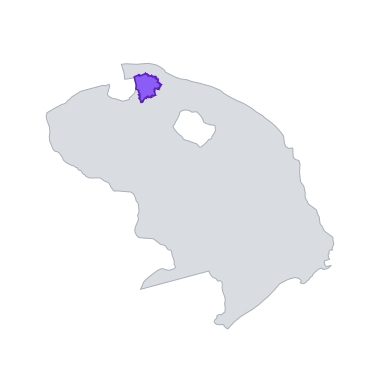 location of Zululand, KwaZulu-Natal, South Africa, rotated 255°
{"feature_id": "47623444B26591670939926", "entity_name": "Zululand", "entity_type": "district", "adm_level": 2, "iso_a3": "ZAF", "parent_name": "South Africa", "parent_adm1": "KwaZulu-Natal", "projection": "mercator", "projection_center": [31.134, -27.898], "detail": "fine", "context": "in_parent", "style": "filled", "palette": "violet", "viewbox_px": 384, "rotation_deg": 255, "n_neighbors": 0, "source": "geoboundaries", "source_scale": "gbopen_adm2", "svg_char_len": 7819}
<svg xmlns="http://www.w3.org/2000/svg" viewBox="0 0 384 384"><g transform="rotate(255 192 192)"><path d="M268.9,69.0L278.1,67.7L282.2,68.4L287.2,70.4L291.8,71.1L299.7,70.4L302.4,70.7L304.5,71.4L306.1,72.5L308.3,80.4L310.3,88.9L310.3,91.6L310.5,92.7L312.8,96.3L313.6,98.6L314.9,100.4L317.8,109.6L318.1,111.2L318.1,133.4L317.0,136.1L317.5,139.7L316.1,140.1L308.3,135.6L306.9,135.8L304.7,137.5L302.6,140.1L301.7,142.4L297.7,148.4L297.5,152.3L297.8,155.6L299.1,155.7L300.1,158.1L302.2,161.9L305.8,164.3L309.2,165.5L313.9,165.7L317.6,165.7L317.4,163.1L318.3,156.2L324.4,157.1L333.6,156.8L333.0,161.3L329.7,171.5L327.6,183.1L324.8,188.9L323.3,191.3L318.8,195.6L316.5,197.0L314.5,197.5L306.9,206.2L304.1,210.4L301.5,216.6L299.0,220.0L295.3,227.2L288.9,238.0L283.4,245.0L281.0,247.1L279.3,248.0L275.0,252.2L268.9,258.8L264.2,264.8L257.2,271.5L253.1,274.5L247.0,280.3L245.3,281.2L238.5,286.6L233.5,289.9L225.5,293.8L222.4,294.9L214.8,293.9L211.6,294.4L209.0,296.7L208.7,300.1L207.6,300.6L200.7,299.0L197.8,299.3L196.1,301.1L194.8,303.4L190.8,303.5L183.7,301.1L175.3,299.7L173.4,299.6L169.3,301.3L167.9,301.5L162.0,301.2L158.7,300.1L155.6,300.1L153.2,301.0L150.3,301.3L142.4,307.6L138.4,307.6L134.8,308.4L128.6,307.5L126.8,307.9L124.9,309.0L120.7,309.5L119.1,310.5L111.9,316.3L109.0,315.7L105.3,315.6L101.1,312.5L99.5,312.7L99.9,311.8L100.1,310.1L98.6,308.5L96.9,308.5L96.1,307.2L93.5,307.0L91.5,307.4L91.1,302.1L90.1,301.6L87.6,301.5L86.3,301.6L85.7,302.1L85.1,303.4L85.1,307.1L84.2,306.0L83.2,303.8L82.9,301.4L83.2,298.6L85.1,297.5L84.6,294.0L81.6,287.9L79.8,286.6L78.4,283.5L77.0,282.3L76.4,280.2L75.0,278.4L74.6,275.7L75.3,274.1L76.5,273.2L77.8,274.6L79.3,274.1L81.4,272.1L82.7,269.1L82.8,264.3L82.5,261.3L80.8,253.5L79.9,251.8L76.1,246.3L71.6,238.9L65.9,227.4L63.2,220.5L59.0,206.7L55.4,198.9L50.9,191.7L50.4,191.2L51.1,190.4L53.5,188.7L54.5,188.2L55.1,188.5L55.7,188.0L56.2,186.9L56.6,184.3L57.7,181.7L58.7,180.5L60.9,179.8L62.5,180.8L63.1,181.7L63.4,183.0L64.1,183.7L65.3,183.6L66.1,184.4L66.5,186.1L66.4,187.3L65.8,188.0L65.9,189.0L66.7,190.2L67.6,192.8L71.9,194.2L74.4,194.4L76.7,195.0L78.9,196.2L82.5,196.5L87.5,195.9L91.6,196.2L94.8,197.3L97.1,197.6L98.6,196.8L99.2,195.8L99.0,194.4L99.7,193.5L101.4,193.1L102.7,192.1L103.7,190.4L105.9,189.0L109.5,187.9L111.3,188.0L111.3,117.1L117.5,122.0L119.0,124.2L122.1,130.7L125.3,138.9L125.8,142.8L125.6,143.6L122.4,149.0L122.3,151.6L122.6,154.8L123.4,156.3L124.3,156.8L126.6,156.0L130.0,156.9L136.7,156.5L140.0,156.9L140.8,156.7L141.5,156.0L142.4,154.1L143.2,153.5L146.2,152.7L147.6,151.6L149.8,147.9L156.3,143.0L157.1,141.8L161.2,130.1L162.4,128.4L164.3,127.3L167.9,126.5L170.0,126.9L172.3,127.9L174.8,129.7L178.7,132.8L180.0,133.3L183.8,133.5L186.2,135.6L193.4,137.0L195.5,136.9L197.7,135.8L201.4,135.8L205.4,135.0L207.8,132.9L212.4,120.2L212.9,117.4L213.5,116.6L217.2,115.1L221.8,114.1L222.8,113.5L225.6,109.9L229.4,107.0L232.0,96.9L233.7,94.5L234.7,93.5L235.4,93.5L236.4,92.9L237.6,91.6L239.1,90.9L240.8,90.6L241.9,89.7L242.4,88.4L243.3,87.7L244.6,87.8L245.3,87.3L245.4,86.5L248.2,84.3L248.3,83.4L249.9,81.3L253.1,77.9L256.0,76.1L258.8,75.7L263.9,74.0L265.7,72.4L266.9,70.2L268.9,69.0ZM260.4,221.1L265.0,219.3L268.4,217.0L269.1,212.6L271.7,210.0L272.7,207.5L273.4,204.1L271.9,200.5L269.7,199.5L265.9,196.4L264.2,194.4L261.9,192.6L260.2,190.5L257.6,191.2L253.4,192.9L250.9,194.4L248.7,196.3L244.9,197.6L241.3,203.4L240.1,204.7L237.3,209.0L233.2,211.1L233.1,211.9L234.4,215.4L236.3,218.9L238.3,221.7L238.2,223.5L238.9,224.9L240.7,225.8L243.7,229.4L245.2,230.5L249.7,231.4L250.4,231.2L251.6,229.0L251.8,227.5L254.9,222.9L256.2,221.5L260.4,221.1Z" fill="#d9dde1" stroke="#a8b0b8" stroke-width="1"/><path d="M294.3,177.9L294.5,177.9L294.9,177.8L295.0,178.0L295.3,178.2L295.5,178.3L295.5,178.5L295.6,178.4L295.6,178.5L295.7,178.9L294.5,179.8L294.7,180.2L295.0,180.8L295.2,181.0L295.4,181.2L294.8,181.9L294.8,182.0L295.0,182.0L295.2,181.8L295.5,181.8L295.7,181.7L295.8,181.7L296.0,181.7L296.3,181.7L296.5,181.6L296.8,181.8L297.1,181.8L297.4,181.9L297.5,181.9L297.8,181.7L298.1,181.6L298.3,181.7L298.5,181.7L298.8,181.4L298.9,181.5L299.0,181.6L299.0,181.8L299.0,182.0L299.3,182.1L299.3,182.3L299.6,182.5L300.0,182.5L300.1,182.4L300.0,182.2L300.3,182.0L300.6,182.4L301.0,182.2L301.3,182.9L301.9,183.1L301.6,183.7L301.1,184.2L300.1,185.3L299.8,186.2L300.5,185.8L300.5,187.1L301.1,186.8L301.0,187.0L301.0,187.3L301.3,187.4L301.4,187.5L301.5,187.6L301.5,187.8L301.5,188.0L302.1,188.2L302.2,188.4L302.2,188.5L302.3,188.6L302.2,188.7L302.3,188.8L302.5,188.8L302.4,188.9L302.4,189.0L302.5,189.0L302.6,188.9L302.7,189.0L302.9,189.0L303.1,189.1L303.1,189.3L302.9,189.4L303.0,189.6L303.4,189.7L303.4,189.8L303.7,189.8L303.7,189.7L303.9,189.8L303.9,190.0L304.0,189.9L304.3,189.7L304.4,189.2L304.6,189.2L304.4,188.9L304.9,188.5L305.0,188.5L305.4,188.2L305.9,188.6L306.3,188.2L306.4,188.3L306.8,187.9L306.8,187.6L306.8,187.3L306.9,187.1L307.0,187.0L307.1,186.8L307.3,186.9L308.2,188.1L308.8,188.5L309.3,188.3L309.8,188.4L309.6,187.6L310.0,187.4L310.0,187.6L310.3,187.6L310.4,187.3L310.7,187.2L310.3,186.8L310.3,186.7L310.5,186.6L310.8,186.8L310.8,186.7L311.1,186.5L311.4,186.8L311.4,186.7L311.5,186.5L311.6,187.0L311.9,187.1L312.2,187.1L312.1,186.9L312.3,186.7L312.6,187.0L312.8,187.0L312.9,186.8L313.0,186.9L312.9,186.6L313.2,186.4L313.2,186.2L313.3,185.8L313.4,185.3L313.5,185.3L313.6,185.2L313.2,184.4L313.2,183.6L313.8,183.4L313.8,183.5L314.0,183.7L314.4,183.4L314.5,183.2L314.6,183.4L314.8,183.4L315.0,183.4L315.2,183.2L314.9,183.0L315.0,182.9L314.8,182.7L314.7,182.4L314.9,182.1L314.8,181.9L315.0,181.8L315.0,181.5L315.1,181.4L315.0,181.2L315.2,180.9L315.3,180.7L315.3,180.4L315.2,179.9L315.4,179.7L315.7,179.7L316.2,179.9L316.4,179.7L316.6,179.9L316.7,179.7L316.8,179.6L317.0,179.7L317.0,179.8L317.4,180.1L317.3,179.9L317.4,179.7L317.5,179.5L317.4,179.4L317.5,179.2L317.4,179.2L317.3,178.7L317.5,178.5L317.4,178.5L317.5,178.3L317.5,178.2L317.6,177.9L317.8,177.8L318.0,177.9L318.2,177.7L318.2,177.8L318.4,177.9L318.5,177.8L318.8,177.8L318.3,176.9L317.5,171.7L317.6,171.2L318.0,171.3L318.1,171.0L318.3,171.0L318.5,171.2L318.6,171.3L319.0,171.1L319.1,171.3L319.2,171.1L319.1,170.5L318.9,170.2L318.8,169.9L318.7,169.7L318.6,169.4L318.6,168.9L318.6,168.6L318.4,167.5L318.4,167.2L318.2,167.2L318.1,166.9L318.2,166.7L318.2,166.4L318.2,166.1L318.1,165.9L309.6,165.8L305.9,164.4L304.7,165.9L304.0,166.9L303.6,166.8L302.9,166.2L302.6,166.2L302.5,166.4L302.2,166.3L301.9,166.6L301.7,166.4L301.5,166.5L301.3,166.5L301.2,166.7L300.7,166.7L300.5,166.8L300.4,166.7L300.1,166.9L300.1,166.7L300.1,166.4L299.8,166.1L299.8,165.9L299.8,165.6L299.6,165.7L299.2,165.7L299.1,165.8L298.8,165.8L298.8,166.2L298.7,166.2L298.7,166.3L298.4,166.6L298.2,166.5L298.1,166.4L298.0,166.2L298.0,166.3L297.8,166.3L297.9,166.2L297.7,166.2L297.8,166.1L297.7,166.0L297.5,165.9L297.3,165.8L297.4,166.0L297.2,166.1L297.1,165.9L297.0,165.7L296.9,165.6L296.7,165.7L296.6,165.4L296.4,165.5L296.4,165.3L296.3,165.2L296.2,165.3L296.1,165.2L295.3,165.3L294.0,166.0L293.6,166.1L293.3,166.0L293.0,165.8L292.5,165.8L292.1,165.9L291.9,166.1L291.7,166.0L291.6,166.7L291.9,166.5L291.9,166.4L292.0,166.4L292.3,166.6L292.1,166.9L292.5,167.3L292.2,167.7L292.2,167.8L292.4,167.7L292.8,168.0L292.7,168.6L292.9,168.8L293.2,169.1L294.0,169.4L294.1,170.1L294.5,170.4L294.5,170.6L295.0,171.4L294.7,171.9L294.5,172.1L295.4,172.2L295.3,173.3L295.5,173.3L295.5,173.5L295.8,173.6L295.9,173.9L295.8,174.1L296.0,174.2L295.9,174.3L295.6,174.2L295.5,174.3L295.4,174.3L295.1,174.3L295.1,174.2L294.9,174.2L294.7,174.1L294.5,174.5L294.8,174.8L294.8,175.0L294.7,175.5L294.4,175.7L294.4,175.8L294.2,176.0L294.1,176.3L294.1,176.5L293.9,176.6L294.0,176.6L294.1,176.8L294.0,177.0L293.9,177.0L294.0,177.3L293.9,177.4L293.9,177.5L294.0,177.5L293.9,177.6L293.9,177.8L294.1,177.9L294.3,177.8L294.3,177.9Z" fill="#8b5cf6" stroke="#5b21b6" stroke-width="1.5"/></g></svg>